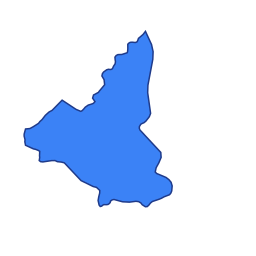 SVG path tracing the border of Valga, rotated 222°
{"feature_id": "EST-2349", "entity_name": "Valga", "entity_type": "County", "adm_level": 1, "iso_a3": "EST", "parent_name": "Estonia", "parent_adm1": "", "projection": "mercator", "projection_center": [26.16, 57.869], "detail": "fine", "context": "isolated", "style": "filled", "palette": "blue", "viewbox_px": 256, "rotation_deg": 222, "n_neighbors": 0, "source": "natural_earth", "source_scale": "10m", "svg_char_len": 1736}
<svg xmlns="http://www.w3.org/2000/svg" viewBox="0 0 256 256"><g transform="rotate(222 128 128)"><path d="M63.1,117.0L59.7,116.5L56.4,114.5L53.4,110.5L52.6,108.3L52.5,106.5L52.5,106.2L55.2,100.9L56.1,98.2L57.2,95.9L60.7,89.7L61.1,87.3L60.9,84.7L61.1,82.5L62.4,81.1L66.1,80.5L68.3,80.9L70.8,80.4L73.1,78.8L77.3,73.9L82.7,69.5L90.6,65.5L91.6,64.1L92.1,62.2L91.4,60.7L91.3,59.5L91.7,57.8L92.8,56.5L94.8,54.8L95.1,53.6L95.3,52.3L96.1,51.1L97.9,51.4L101.7,54.1L103.6,57.1L105.5,60.7L107.2,62.7L111.7,62.8L114.7,61.2L127.7,57.5L152.0,59.5L154.7,58.1L158.0,55.7L160.4,55.0L162.9,52.7L168.6,45.8L170.4,44.5L172.2,44.4L173.8,46.9L175.2,48.2L178.0,51.6L179.7,51.3L182.4,50.3L184.3,49.2L192.6,46.6L195.4,48.7L196.7,50.4L199.8,52.5L201.1,54.0L203.5,58.7L200.6,61.9L200.2,62.9L199.2,65.8L197.6,71.6L197.8,73.8L197.5,76.7L197.9,82.1L197.4,87.0L196.2,90.4L195.6,104.6L179.0,107.1L174.2,108.8L173.7,110.2L173.6,112.4L173.7,114.9L172.9,118.4L171.2,121.2L170.2,123.2L170.2,125.5L174.3,126.5L175.7,129.5L173.8,134.7L174.0,136.0L174.3,144.5L178.1,147.9L182.2,149.2L183.4,151.3L183.6,153.3L182.8,157.0L181.8,158.6L180.4,159.5L179.4,160.7L179.4,162.2L180.1,164.2L180.5,167.0L181.6,168.8L183.3,170.2L185.1,171.9L185.3,174.0L184.6,175.8L181.8,178.5L179.0,183.3L179.3,184.3L181.1,186.7L184.2,190.1L184.2,191.5L183.7,193.1L182.4,194.5L179.8,196.4L179.0,197.8L179.1,198.9L179.7,200.5L180.2,201.6L179.4,207.6L179.7,211.5L168.3,206.6L166.4,205.8L160.4,201.5L155.5,195.6L141.8,173.1L137.0,167.4L121.0,154.0L119.7,150.6L119.3,145.0L119.7,142.5L120.5,140.9L121.0,139.3L120.5,136.7L119.5,135.4L117.8,134.5L87.3,131.8L83.7,128.3L81.8,122.8L80.5,117.3L78.3,113.5L76.1,113.4L74.5,114.0L66.7,116.7L63.1,117.0Z" fill="#3b82f6" stroke="#1e3a8a" stroke-width="1.5"/></g></svg>